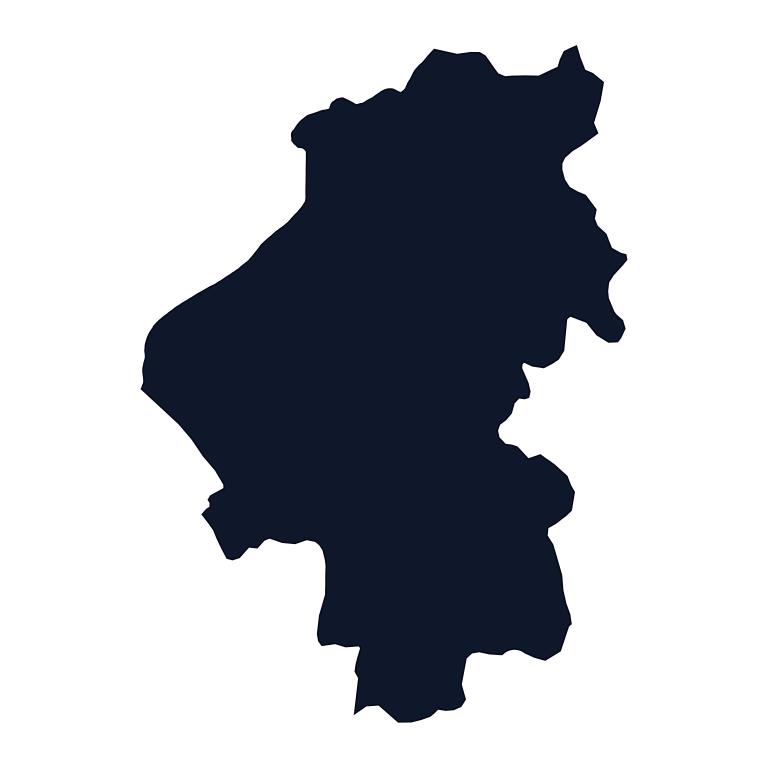 outline of Qatana, Rif Dimashq, Syria
{"feature_id": "27442178B63011141740515", "entity_name": "Qatana", "entity_type": "district", "adm_level": 2, "iso_a3": "SYR", "parent_name": "Syria", "parent_adm1": "Rif Dimashq", "projection": "equal_earth", "projection_center": [36.018, 33.361], "detail": "fine", "context": "isolated", "style": "filled", "palette": "ink", "viewbox_px": 768, "rotation_deg": 0, "n_neighbors": 0, "source": "geoboundaries", "source_scale": "gbopen_adm2", "svg_char_len": 5974}
<svg xmlns="http://www.w3.org/2000/svg" viewBox="0 0 768 768"><path d="M620.6,337.6L624.8,328.7L622.4,320.6L616.0,315.0L613.6,311.7L608.1,298.4L607.4,291.2L608.4,282.3L613.0,275.0L620.8,266.5L621.7,265.5L621.9,265.3L622.6,264.5L623.0,264.1L623.3,263.6L626.6,259.7L625.7,254.8L620.8,253.6L611.4,248.4L608.4,241.1L605.9,234.3L597.1,226.2L594.1,218.8L595.9,209.6L585.3,195.5L576.8,191.9L569.2,187.5L564.3,179.8L561.6,169.7L561.6,163.3L564.6,157.2L572.5,150.3L580.9,145.2L597.5,133.1L593.2,122.8L594.1,120.0L599.9,101.0L603.2,82.4L592.6,73.7L584.7,70.3L579.8,57.8L576.4,46.1L570.8,48.5L564.3,51.7L560.5,59.7L558.2,67.4L551.7,70.3L538.9,76.4L525.3,76.1L511.6,76.4L505.1,77.0L497.8,74.0L492.5,66.7L485.2,56.2L479.6,52.8L470.8,52.7L457.0,54.6L434.3,49.5L433.9,49.9L432.7,51.2L429.4,54.7L425.2,59.8L422.4,63.0L420.6,64.5L419.1,65.9L417.1,68.2L416.2,69.1L415.1,70.6L413.7,72.8L411.2,78.0L410.6,79.2L408.9,81.7L407.9,83.5L407.3,85.0L406.4,86.8L405.8,88.5L404.4,90.2L401.4,92.6L400.3,92.6L398.6,92.1L396.1,90.8L395.9,90.7L394.3,89.8L392.3,89.1L390.8,89.0L390.0,89.0L388.1,89.1L386.8,89.4L384.5,90.1L381.3,91.8L378.2,94.0L375.5,95.8L372.6,98.0L369.9,99.3L367.8,100.4L367.4,100.7L366.4,101.3L363.3,103.3L361.4,103.7L360.1,103.9L358.5,104.5L357.1,104.9L355.7,104.8L354.5,104.1L352.4,102.8L348.7,100.9L344.1,98.7L342.8,98.1L340.9,98.3L339.2,98.7L336.6,99.4L335.3,100.6L333.0,102.1L331.8,103.4L331.0,104.9L330.3,107.1L329.9,108.8L329.4,109.4L327.9,109.7L326.9,110.0L324.0,110.5L321.6,110.9L318.5,112.1L312.7,114.1L308.2,115.5L306.8,116.4L305.3,117.5L303.8,118.8L301.7,120.3L300.1,121.9L299.1,123.0L297.7,124.7L296.0,127.2L295.2,128.6L294.2,129.9L292.8,131.4L292.7,131.5L291.9,133.0L291.7,134.6L291.7,136.2L292.1,137.9L292.1,139.3L291.9,140.1L292.2,140.9L293.7,142.6L294.5,143.8L295.8,144.8L298.1,147.1L299.9,147.2L301.3,147.4L302.8,147.8L304.5,148.8L306.4,151.1L306.6,152.5L306.6,157.1L306.6,159.4L306.5,163.0L306.4,169.3L306.4,175.8L306.3,182.6L306.2,185.2L306.1,191.5L306.2,197.7L305.8,200.9L305.4,202.1L304.6,203.3L303.1,205.7L301.3,208.1L299.6,210.1L297.1,213.0L295.0,215.0L291.6,218.7L289.9,220.8L287.7,223.0L285.2,225.1L284.2,225.8L282.7,227.1L280.3,228.7L277.9,230.6L275.8,232.0L271.4,236.1L268.7,238.2L266.4,240.3L265.3,241.3L263.3,243.1L261.3,245.1L260.2,246.7L258.6,248.8L257.1,250.7L255.4,252.8L254.1,254.4L252.3,256.7L250.5,258.8L248.3,261.3L245.9,263.0L244.2,264.4L242.7,265.7L241.4,266.6L238.8,269.0L236.6,270.4L234.8,271.7L232.4,273.2L230.6,274.6L228.5,275.9L226.8,276.9L225.2,278.0L222.7,279.8L220.5,281.2L219.1,281.9L218.9,282.0L216.4,283.7L215.9,284.0L214.4,285.0L213.3,285.4L211.1,286.5L209.9,287.0L207.6,288.4L205.2,289.7L204.1,290.4L202.0,291.6L199.6,292.9L197.0,294.4L195.6,295.3L194.5,296.0L191.9,297.7L189.7,298.9L186.9,300.7L184.8,301.9L183.3,302.8L181.7,303.7L180.1,305.0L177.9,306.3L175.7,307.7L173.7,309.2L171.5,311.0L169.1,312.6L167.6,314.0L165.9,315.2L164.4,316.3L162.5,317.8L160.3,319.7L160.0,319.9L158.6,321.2L157.0,322.8L155.5,324.4L153.7,326.4L152.9,328.2L151.6,329.9L149.9,332.6L148.8,334.8L147.7,337.2L146.9,339.6L146.2,342.1L145.6,344.2L145.3,346.0L145.3,347.9L145.0,350.6L145.3,353.0L145.6,355.6L145.5,358.1L144.7,361.0L144.0,363.5L143.6,365.9L143.1,367.7L143.0,369.7L143.0,371.5L143.3,374.5L143.7,377.2L143.9,379.5L144.0,381.2L143.7,383.4L142.8,385.2L142.3,387.2L141.4,388.9L179.1,423.8L191.8,438.7L203.7,456.2L204.5,457.1L215.6,470.2L224.1,484.5L224.1,488.6L214.9,493.6L210.5,496.1L208.4,499.8L210.3,502.6L210.2,507.3L206.7,509.4L202.3,514.4L208.1,521.9L213.7,529.7L217.0,537.8L221.7,547.8L227.1,558.1L232.5,559.6L239.3,557.4L248.7,546.8L257.1,547.7L264.0,540.1L269.5,537.8L282.2,542.2L295.1,543.4L306.8,539.4L307.3,539.5L315.5,541.2L319.7,544.7L323.2,550.0L324.1,553.7L325.6,559.9L326.3,565.8L326.0,575.5L326.0,584.5L325.8,594.8L324.6,598.9L319.7,615.7L317.6,634.1L318.8,640.9L322.0,645.3L335.2,643.4L345.7,646.6L359.1,645.6L360.9,648.0L357.9,658.1L356.3,664.3L355.3,671.5L358.9,678.0L354.7,713.6L366.1,705.7L378.9,704.8L398.4,721.9L411.3,721.7L420.9,719.3L429.9,716.1L434.0,712.8L437.9,708.9L445.6,710.1L453.6,709.5L460.8,706.3L465.2,699.4L461.0,684.6L466.0,658.0L471.8,652.7L479.3,651.5L489.5,653.7L502.0,654.5L502.2,654.3L502.4,654.1L502.6,653.9L502.8,653.8L503.0,653.6L503.2,653.4L503.4,653.2L503.6,653.1L503.8,652.9L504.0,652.7L504.4,652.4L504.6,652.3L504.8,652.1L505.0,652.0L505.2,651.8L505.5,651.7L505.9,651.4L506.1,651.3L506.4,651.2L506.6,651.0L506.8,650.9L507.0,650.8L507.3,650.7L507.5,650.6L508.0,650.4L508.4,650.2L508.7,650.1L508.9,650.0L509.2,649.9L509.4,649.8L509.6,649.8L509.9,649.7L510.1,649.6L510.4,649.6L510.6,649.5L510.9,649.4L511.1,649.4L511.4,649.3L511.6,649.3L511.9,649.3L512.1,649.2L512.4,649.2L512.6,649.1L512.9,649.1L513.1,649.1L513.4,649.1L513.6,649.1L513.9,649.0L514.1,649.0L514.4,649.0L514.6,649.0L514.9,649.0L515.1,649.0L515.4,649.0L515.6,649.1L515.9,649.1L516.1,649.1L516.4,649.1L516.6,649.2L516.9,649.2L517.1,649.2L517.4,649.3L517.6,649.3L517.9,649.4L518.1,649.4L518.4,649.5L518.6,649.5L518.8,649.6L519.1,649.7L519.3,649.7L519.6,649.8L519.8,649.9L520.1,650.0L520.3,650.1L520.5,650.1L520.8,650.2L521.0,650.3L521.5,650.5L521.9,650.8L522.2,650.9L522.4,651.0L522.6,651.1L522.9,651.2L523.1,651.4L523.3,651.5L523.5,651.6L523.7,651.8L524.0,651.9L524.2,652.1L524.4,652.2L524.6,652.4L524.8,652.5L525.0,652.7L534.7,657.1L545.2,660.0L560.2,650.8L568.4,626.1L571.0,623.9L569.6,614.5L565.7,603.7L562.7,590.4L561.5,575.4L556.3,557.2L552.6,544.7L546.9,535.8L547.7,527.7L555.4,523.3L566.0,515.2L571.2,510.2L574.2,492.2L570.5,485.7L566.9,476.4L554.5,465.2L549.3,461.4L545.3,458.7L540.4,455.0L528.3,459.1L517.1,447.1L511.9,445.4L505.2,444.5L498.8,437.7L498.0,434.0L497.3,430.4L499.4,424.4L505.8,419.5L511.2,413.1L514.0,403.0L518.9,397.7L524.6,398.5L528.6,397.3L529.8,391.6L527.9,383.2L524.1,374.5L521.4,368.3L521.8,364.1L523.7,361.7L532.4,365.8L543.8,367.5L552.0,363.2L558.3,359.0L563.5,350.5L566.5,319.0L570.1,315.8L586.9,322.2L596.9,334.7L608.7,342.0L617.6,341.6L620.6,337.6Z" fill="#0f172a" stroke="#020617" stroke-width="1.5"/></svg>